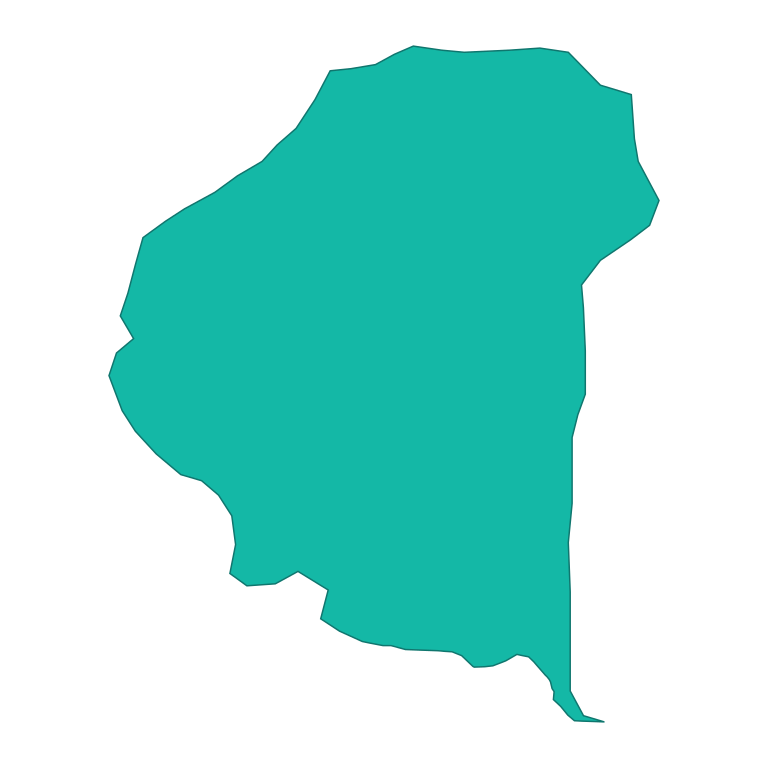 outline of Achna, Cyprus
{"feature_id": "46923920B60375545574895", "entity_name": "Achna", "entity_type": "district", "adm_level": 2, "iso_a3": "CYP", "parent_name": "Cyprus", "parent_adm1": "", "projection": "equal_earth", "projection_center": [33.796, 35.043], "detail": "fine", "context": "isolated", "style": "filled", "palette": "teal", "viewbox_px": 768, "rotation_deg": 0, "n_neighbors": 0, "source": "geoboundaries", "source_scale": "gbopen_adm2", "svg_char_len": 1366}
<svg xmlns="http://www.w3.org/2000/svg" viewBox="0 0 768 768"><path d="M330.2,70.8L315.0,99.6L296.1,128.4L277.2,144.9L262.1,161.4L237.5,175.8L214.9,192.3L184.6,208.8L165.7,221.1L143.0,237.6L138.0,255.4L135.5,264.4L127.9,293.2L120.3,315.9L133.6,338.6L116.5,353.0L109.0,375.6L122.2,410.7L135.4,431.3L156.2,453.9L180.8,474.6L201.6,480.7L218.6,495.2L231.8,515.8L235.6,544.6L229.9,573.5L246.9,585.8L275.3,583.8L298.0,571.4L328.2,590.0L320.7,618.8L339.6,631.2L362.3,641.5L369.5,643.0L383.1,645.6L386.5,645.6L391.1,645.6L405.4,649.5L421.1,650.1L437.8,650.7L440.4,650.9L444.5,651.3L452.1,651.8L461.6,655.6L472.9,666.4L474.2,667.1L484.9,666.7L492.9,665.8L501.0,662.7L505.8,660.8L516.9,654.4L522.9,655.7L528.6,656.8L533.8,661.8L535.5,663.8L545.3,675.1L547.0,676.7L549.3,679.6L550.5,681.9L552.1,688.6L554.1,691.6L554.0,692.8L553.4,699.6L560.6,706.3L567.8,715.1L574.4,720.7L581.9,721.1L584.9,721.2L596.9,721.6L604.5,721.9L604.3,721.9L587.9,717.0L583.5,715.7L570.2,691.0L570.2,651.8L570.2,629.1L570.2,592.0L568.3,542.6L572.1,503.4L572.1,472.5L572.1,437.5L577.8,414.8L585.3,394.2L585.3,350.9L583.4,307.6L581.5,285.0L600.4,260.3L630.7,239.7L649.6,225.3L659.0,200.5L638.2,161.4L634.4,138.7L631.3,94.6L600.4,85.2L568.3,52.3L539.9,48.1L509.7,50.2L464.3,52.3L441.7,50.2L413.3,46.1L394.4,54.3L375.5,64.6L350.9,68.7L330.2,70.8Z" fill="#14b8a6" stroke="#0f766e" stroke-width="1.5"/></svg>